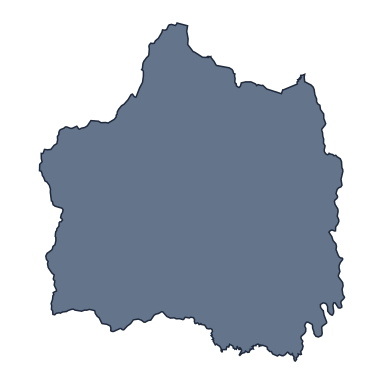 Cali, Valle del Cauca, Colombia
{"feature_id": "7082276B61798378462298", "entity_name": "Cali", "entity_type": "district", "adm_level": 2, "iso_a3": "COL", "parent_name": "Colombia", "parent_adm1": "Valle del Cauca", "projection": "albers", "projection_center": [-76.552, 3.411], "detail": "fine", "context": "isolated", "style": "filled", "palette": "slate", "viewbox_px": 384, "rotation_deg": 0, "n_neighbors": 0, "source": "geoboundaries", "source_scale": "gbopen_adm2", "svg_char_len": 5924}
<svg xmlns="http://www.w3.org/2000/svg" viewBox="0 0 384 384"><path d="M342.9,294.6L342.1,289.4L343.1,285.8L342.6,282.5L338.6,277.0L338.3,275.5L339.9,271.5L339.0,267.7L339.2,265.3L340.3,262.6L342.6,259.6L342.7,258.8L342.2,258.1L340.7,257.9L339.4,257.1L338.4,255.7L336.0,249.5L336.5,246.5L335.9,243.9L333.0,240.5L331.8,236.6L328.9,232.2L330.3,230.6L331.9,230.0L334.7,231.0L335.5,230.9L335.7,226.8L337.7,224.2L338.8,221.4L338.7,219.6L337.2,216.2L338.1,211.4L337.8,209.0L335.0,204.4L334.4,201.4L334.9,200.1L336.8,198.5L337.5,197.3L337.5,196.2L336.0,193.6L337.1,189.6L338.5,187.9L340.9,186.9L342.0,185.2L341.0,179.4L342.9,171.3L342.7,169.4L341.9,167.8L341.5,161.6L340.3,158.8L337.0,156.7L335.8,155.3L334.0,155.7L332.7,154.5L330.5,154.1L329.1,153.3L328.6,154.3L327.3,154.7L326.1,154.1L324.4,151.8L324.2,149.9L325.1,145.9L323.5,143.1L323.7,139.1L322.8,136.3L322.5,132.5L321.7,130.3L321.9,129.0L325.1,125.0L325.7,123.6L323.8,118.5L323.7,114.0L320.5,109.6L319.9,105.3L317.8,103.9L316.6,101.8L316.6,99.0L314.9,94.7L314.1,89.5L313.2,87.2L311.2,85.1L304.7,81.7L304.2,77.1L304.7,74.3L302.7,75.2L300.7,75.4L301.1,77.7L300.6,77.9L300.4,77.0L299.1,78.6L300.1,78.8L299.8,79.4L297.7,79.7L298.4,81.0L297.1,81.9L297.2,84.1L283.3,89.9L282.8,89.8L281.4,93.7L266.7,89.0L262.8,85.3L261.2,85.5L258.0,84.6L256.7,85.6L255.5,83.9L251.0,81.9L245.5,81.9L241.3,82.9L240.4,86.2L239.2,87.4L238.5,87.3L236.5,86.0L236.1,83.6L235.6,83.6L234.8,82.1L235.1,78.6L234.5,75.8L235.0,74.0L233.6,73.4L232.8,70.6L231.9,69.4L229.2,67.8L216.7,65.5L216.0,65.0L214.1,61.5L210.9,57.4L210.9,56.5L208.9,56.9L208.9,56.5L208.1,56.4L207.6,56.5L207.3,57.0L206.5,56.9L207.2,57.4L202.6,57.3L194.5,52.1L193.1,51.6L187.7,44.5L188.1,38.8L186.7,31.3L187.6,25.8L177.0,23.0L176.7,24.0L175.3,25.5L171.5,24.4L169.4,24.8L168.6,25.4L166.6,29.6L164.9,30.2L162.5,29.9L161.9,32.3L158.4,38.3L155.4,40.8L154.2,43.2L153.1,43.5L150.7,43.2L149.3,45.0L148.9,46.2L149.3,49.1L148.8,54.9L148.2,56.2L146.7,57.5L143.9,61.2L143.0,63.4L142.4,68.5L141.6,69.7L143.1,70.5L143.4,71.8L143.4,76.1L142.5,82.4L139.6,87.9L136.1,97.0L135.3,97.2L134.0,96.4L132.5,94.1L131.1,94.6L128.2,99.5L124.2,104.1L121.5,105.8L118.8,109.1L117.3,111.8L117.1,114.3L116.2,115.1L116.2,116.9L114.4,119.3L108.1,123.0L105.6,122.5L100.9,122.7L98.5,121.2L90.9,120.6L87.3,125.9L84.7,127.5L81.4,128.2L79.5,129.2L78.7,128.9L76.8,126.2L72.0,128.4L70.3,128.3L66.7,126.9L65.3,127.0L63.8,128.3L60.3,129.7L59.4,130.9L58.9,132.2L58.8,134.6L57.4,136.4L57.6,140.0L56.8,143.7L54.1,145.3L50.9,149.4L47.5,149.8L44.5,149.4L43.2,153.1L42.4,153.6L41.2,153.4L41.3,158.5L42.1,161.8L39.7,164.3L39.5,170.7L41.0,171.1L42.0,173.2L42.4,175.6L43.6,177.2L45.1,181.1L46.7,181.8L49.2,185.0L50.5,189.2L50.3,192.1L51.4,200.9L52.4,201.5L53.1,204.7L55.1,206.2L61.9,208.2L63.1,209.7L62.5,212.6L61.3,214.4L60.6,217.7L62.2,219.2L62.5,220.1L61.0,221.8L59.8,221.9L59.2,222.6L58.9,226.3L56.9,228.7L56.6,230.7L55.7,231.8L55.2,236.2L55.8,237.4L55.9,240.5L55.0,244.7L52.9,246.5L52.4,248.9L51.5,250.2L47.1,253.3L45.8,256.1L46.4,259.3L48.1,261.5L47.5,263.8L48.3,267.7L51.9,273.0L54.2,275.0L53.3,278.8L53.5,279.7L54.8,280.8L54.2,285.1L56.4,289.7L56.5,290.9L53.2,292.6L53.8,294.7L52.9,295.7L52.5,299.6L51.1,303.7L51.7,305.7L51.4,309.3L52.6,310.8L52.9,314.4L54.7,314.8L56.3,313.3L59.3,312.8L60.3,313.2L62.6,312.0L66.6,311.5L68.3,310.4L72.0,309.2L73.4,309.2L75.0,310.1L81.7,311.2L84.6,310.1L86.7,310.2L89.3,309.4L93.8,310.4L94.8,310.9L95.3,313.4L97.2,316.3L99.2,317.9L101.7,323.1L102.2,323.6L106.8,324.3L110.2,325.9L110.9,328.1L110.7,330.3L111.1,331.1L112.5,331.5L113.8,331.4L120.1,328.5L121.2,328.6L122.0,329.5L123.2,329.9L124.0,329.6L127.3,326.0L130.6,323.6L133.2,320.1L134.0,319.7L138.4,319.1L141.4,320.2L144.0,322.2L145.2,322.2L148.0,320.6L150.8,320.1L154.0,315.3L155.7,314.2L158.5,313.5L161.6,311.7L162.8,311.9L166.9,316.5L170.4,318.1L174.2,317.8L176.2,318.8L179.7,318.7L182.9,319.6L183.7,319.4L184.8,317.6L185.6,317.3L189.4,318.0L190.6,317.2L193.5,317.7L194.6,319.8L194.3,321.3L195.0,323.4L195.7,323.6L197.4,322.9L198.5,323.4L199.0,324.5L200.3,324.3L200.9,323.6L201.6,324.5L204.7,325.1L206.9,328.5L208.9,328.9L210.6,328.6L212.1,329.6L212.5,331.6L211.2,333.3L212.2,335.0L211.1,335.5L213.5,338.5L212.6,339.3L213.4,339.4L213.6,340.3L213.1,340.9L215.3,344.9L216.7,344.1L218.1,345.4L219.7,346.1L221.2,348.7L221.0,350.7L221.7,351.8L222.3,351.7L222.1,349.7L226.2,349.6L226.7,347.0L227.1,346.6L228.5,347.0L228.4,346.4L228.8,346.1L228.4,345.9L229.2,346.0L229.6,344.3L232.9,346.0L233.3,348.1L234.4,348.3L234.8,349.2L235.4,348.8L236.4,349.3L237.1,347.4L237.0,346.1L239.0,349.5L240.2,349.4L239.9,347.9L240.4,348.0L241.7,350.4L239.3,354.9L239.9,355.4L242.0,353.3L244.7,352.6L245.6,351.1L247.7,352.4L249.1,352.2L249.9,350.3L251.2,349.4L250.7,349.1L252.0,348.7L253.4,349.0L252.9,347.6L253.2,346.8L252.2,346.6L253.6,345.6L256.0,345.7L256.1,344.6L258.1,344.1L258.9,344.5L259.2,346.4L259.9,346.0L259.7,345.1L260.9,345.0L261.2,345.7L262.8,345.3L266.2,346.5L267.4,347.5L267.3,349.1L269.8,351.5L271.4,351.6L272.6,353.9L277.4,356.0L279.4,354.6L281.5,355.6L283.1,355.8L285.2,354.6L287.4,352.2L288.5,352.6L289.0,353.6L291.0,354.9L292.4,353.7L292.6,355.0L294.1,356.9L293.8,358.3L294.5,360.7L295.4,361.0L296.6,359.3L296.2,357.6L297.6,356.8L298.4,355.4L298.2,353.9L300.5,354.6L301.4,354.3L300.7,351.5L302.3,349.3L303.1,346.2L302.0,343.6L302.8,341.1L301.2,339.0L300.9,337.4L301.3,336.3L304.5,333.4L305.7,331.4L305.8,328.3L304.6,326.0L305.5,323.4L306.7,322.2L308.2,322.2L312.1,324.4L312.5,325.2L312.6,328.1L314.0,332.2L314.0,333.6L315.9,336.3L318.4,337.0L321.5,335.6L322.2,333.6L321.7,327.3L322.4,326.1L326.5,323.1L326.7,322.1L324.0,315.0L323.3,310.6L322.8,310.5L320.5,307.4L320.4,304.5L323.1,302.9L324.7,303.1L326.4,304.1L327.6,306.6L327.7,311.1L329.9,314.0L331.7,315.1L332.5,315.1L333.5,313.2L333.7,311.2L332.9,305.4L333.6,302.9L335.2,302.9L338.3,307.8L340.0,308.1L341.7,307.3L341.8,305.9L340.9,303.2L341.0,301.4L343.8,298.6L344.5,297.2L342.9,294.6Z" fill="#64748b" stroke="#1e293b" stroke-width="1.5"/></svg>